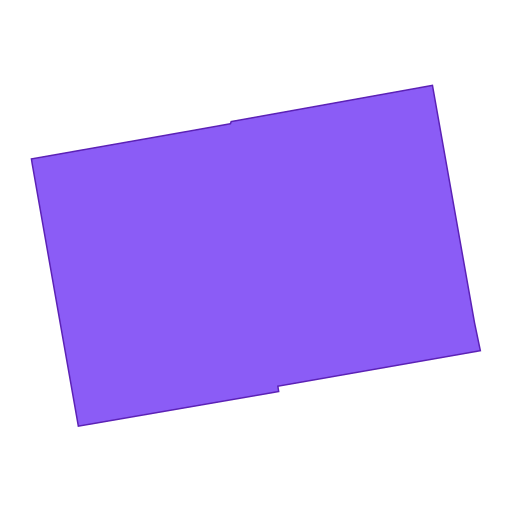 Hand, South Dakota, United States of America, rotated 260°
{"feature_id": "52423323B54672876637776", "entity_name": "Hand", "entity_type": "district", "adm_level": 2, "iso_a3": "USA", "parent_name": "United States of America", "parent_adm1": "South Dakota", "projection": "equal_earth", "projection_center": [-98.973, 44.546], "detail": "fine", "context": "isolated", "style": "filled", "palette": "violet", "viewbox_px": 512, "rotation_deg": 260, "n_neighbors": 0, "source": "geoboundaries", "source_scale": "gbopen_adm2", "svg_char_len": 336}
<svg xmlns="http://www.w3.org/2000/svg" viewBox="0 0 512 512"><g transform="rotate(260 256 256)"><path d="M123.8,460.5L152.3,459.6L292.0,459.5L393.4,459.4L392.7,254.9L390.7,253.8L390.6,204.3L390.6,103.2L390.6,51.7L385.6,51.6L119.3,51.5L118.6,254.8L124.0,254.9L123.8,460.5Z" fill="#8b5cf6" stroke="#5b21b6" stroke-width="1.5"/></g></svg>